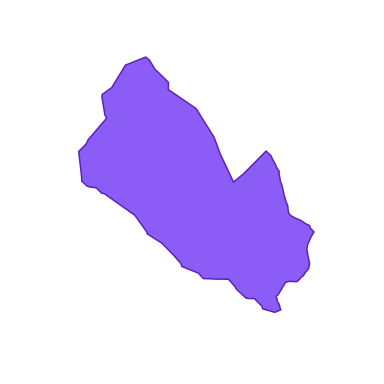 the district of Biase, Cross River, Nigeria, rotated 158°
{"feature_id": "59680162B11436342937739", "entity_name": "Biase", "entity_type": "district", "adm_level": 2, "iso_a3": "NGA", "parent_name": "Nigeria", "parent_adm1": "Cross River", "projection": "mercator", "projection_center": [8.001, 5.543], "detail": "fine", "context": "isolated", "style": "filled", "palette": "violet", "viewbox_px": 384, "rotation_deg": 158, "n_neighbors": 0, "source": "geoboundaries", "source_scale": "gbopen_adm2", "svg_char_len": 1728}
<svg xmlns="http://www.w3.org/2000/svg" viewBox="0 0 384 384"><g transform="rotate(158 192 192)"><path d="M109.4,83.8L109.3,84.3L109.1,85.6L108.8,87.3L108.4,89.1L108.2,90.3L107.7,92.3L107.6,92.7L107.6,93.0L107.0,95.8L105.2,98.8L103.4,101.2L101.1,103.1L98.1,106.1L93.9,109.2L94.5,111.0L95.7,113.4L95.7,117.2L97.4,118.6L99.3,121.3L101.8,124.9L104.1,127.2L104.2,127.3L106.6,129.7L109.0,132.8L110.2,135.8L109.6,139.4L109.2,140.9L108.4,143.1L108.4,146.1L108.5,147.3L107.9,152.2L107.9,154.0L107.3,157.0L106.7,160.7L106.1,164.3L106.1,165.2L106.1,168.6L105.7,170.3L105.0,173.4L104.1,177.5L103.3,178.5L104.0,180.6L104.4,183.1L104.4,187.4L105.1,192.2L105.1,195.9L107.7,201.5L108.0,202.2L137.3,189.6L149.8,185.7L151.6,217.1L151.3,224.3L151.0,234.1L156.9,267.7L175.6,295.9L172.8,302.3L173.4,303.9L180.7,320.6L180.7,322.3L182.1,330.3L184.2,334.3L184.8,334.5L206.1,334.6L227.3,318.9L238.6,316.1L239.9,314.0L243.9,296.1L243.4,292.5L268.8,279.3L272.1,276.2L281.9,272.0L288.5,248.0L290.1,243.4L287.2,237.0L285.3,235.2L279.2,231.7L276.2,224.7L274.0,223.4L253.7,191.8L248.8,171.5L249.3,170.1L239.1,155.8L232.7,140.3L229.1,129.8L229.3,126.7L216.5,114.4L213.9,107.5L208.5,105.1L204.1,103.0L191.6,97.7L190.7,97.2L188.2,89.9L187.7,88.5L187.2,85.1L181.5,73.2L179.0,71.8L174.8,70.1L174.1,69.8L169.9,59.9L170.2,57.2L160.3,49.4L153.8,49.5L153.8,51.4L153.6,52.6L153.4,53.5L153.4,55.3L153.3,56.2L153.7,57.2L153.9,59.3L153.1,61.1L153.3,62.0L153.1,62.8L153.0,63.9L150.3,64.7L139.4,73.0L137.7,73.1L135.1,72.6L132.8,71.6L132.1,71.4L129.8,70.1L127.9,69.6L126.7,70.2L124.9,70.8L123.1,72.0L120.1,72.6L117.7,74.5L116.0,75.4L115.3,75.7L114.5,76.2L112.3,77.5L111.7,78.7L109.9,81.2L109.5,83.1L109.4,83.8Z" fill="#8b5cf6" stroke="#5b21b6" stroke-width="1.5"/></g></svg>